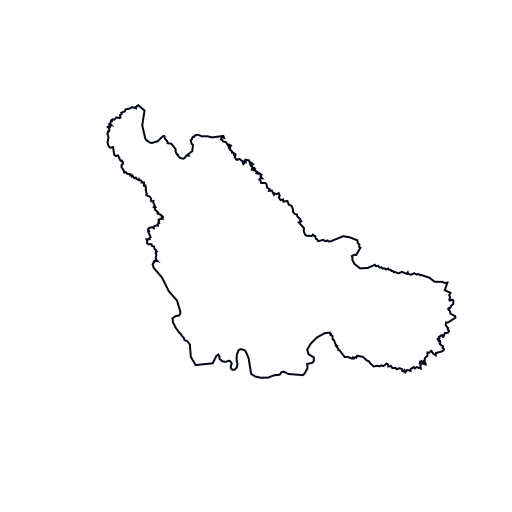 outline of Kham Muang, Kalasin, Thailand, rotated 136°
{"feature_id": "78962969B13207688711695", "entity_name": "Kham Muang", "entity_type": "district", "adm_level": 2, "iso_a3": "THA", "parent_name": "Thailand", "parent_adm1": "Kalasin", "projection": "robinson", "projection_center": [103.634, 16.933], "detail": "fine", "context": "isolated", "style": "outline", "palette": "ink", "viewbox_px": 512, "rotation_deg": 136, "n_neighbors": 0, "source": "geoboundaries", "source_scale": "gbopen_adm2", "svg_char_len": 6078}
<svg xmlns="http://www.w3.org/2000/svg" viewBox="0 0 512 512"><g transform="rotate(136 256 256)"><path d="M277.5,154.9L268.7,155.1L259.8,152.6L256.0,149.4L256.5,148.8L256.2,148.0L257.2,147.6L256.5,145.4L258.7,142.8L258.4,141.2L260.3,136.9L260.1,135.2L260.9,135.5L261.2,132.3L262.1,131.1L261.4,129.9L262.4,121.8L260.2,119.8L258.1,115.4L256.7,115.7L256.7,114.2L254.9,114.3L254.4,113.1L252.5,113.9L249.1,109.2L248.9,104.1L247.9,101.5L248.4,100.0L248.1,94.8L245.2,93.0L243.8,90.8L241.9,90.3L240.9,88.4L236.7,87.8L236.4,86.0L237.6,84.6L235.3,83.0L235.8,80.8L233.3,78.5L233.5,76.7L231.0,75.8L230.1,74.6L229.5,72.9L230.6,71.8L229.8,70.1L228.7,70.5L229.4,68.6L226.5,69.1L224.6,66.0L223.4,67.2L219.7,66.6L220.0,64.8L217.7,64.6L215.6,60.6L213.9,63.0L212.6,63.4L213.1,65.6L212.7,65.0L211.7,65.9L210.0,65.7L210.0,63.7L210.8,63.3L209.4,60.1L208.5,61.1L208.0,64.0L206.9,63.9L205.6,65.2L201.9,65.2L199.7,67.5L198.5,66.1L195.8,66.0L196.3,62.9L195.7,59.7L193.9,61.2L187.9,57.9L186.6,57.9L185.5,58.3L185.7,60.3L184.3,61.0L185.0,64.6L184.7,65.7L183.7,65.5L182.7,67.1L183.6,67.8L182.9,70.9L182.4,68.8L180.9,69.5L180.6,70.8L177.2,70.0L177.8,68.2L177.2,67.7L173.7,69.4L171.5,67.6L169.3,67.9L168.8,70.4L167.9,70.8L167.6,74.5L165.5,76.2L164.1,74.8L155.4,73.1L154.5,74.4L156.2,79.3L154.7,81.8L154.7,84.2L153.9,84.7L151.8,83.7L150.2,84.6L147.9,84.5L146.0,85.6L145.1,86.9L145.1,88.2L147.5,89.2L147.5,90.1L144.8,91.7L144.2,93.6L141.7,94.5L144.0,100.2L136.8,103.9L139.0,105.5L140.1,108.1L145.4,113.4L146.4,120.0L150.3,127.5L151.1,127.9L151.5,130.0L153.1,130.8L154.2,133.7L157.6,134.9L159.0,137.6L158.4,138.6L159.8,138.2L162.1,143.2L165.6,144.6L167.0,147.7L168.2,148.6L167.7,149.8L168.9,151.0L168.7,152.2L170.1,154.3L169.7,155.2L171.8,156.0L172.3,158.1L173.7,159.0L173.6,160.7L175.2,162.0L175.0,164.2L176.8,165.3L176.6,167.1L184.0,169.8L189.7,174.8L190.7,182.0L189.3,186.5L188.0,187.5L187.2,189.4L184.2,188.4L183.2,187.1L175.2,189.4L175.5,190.9L173.6,192.5L173.9,194.4L172.2,196.9L175.6,204.3L179.4,209.6L191.9,214.6L193.6,215.9L193.8,217.5L195.8,218.3L196.4,220.9L200.9,223.4L200.5,225.8L201.0,226.7L199.5,229.4L200.3,230.3L200.3,231.9L202.1,231.7L205.6,235.6L205.8,237.2L204.6,240.4L202.1,242.8L201.9,250.5L199.4,249.5L199.3,251.0L198.5,251.8L198.8,255.7L197.7,257.4L198.9,259.2L198.8,262.1L197.4,263.2L195.6,267.1L196.7,270.4L195.2,273.8L198.5,276.1L197.3,277.9L199.5,279.1L199.0,282.2L197.0,283.0L196.0,285.5L198.4,286.3L199.0,287.9L200.6,287.5L199.1,292.1L201.4,293.8L199.8,294.6L200.6,297.4L198.7,300.0L198.5,302.0L201.6,304.9L200.6,306.7L200.4,308.7L199.2,308.9L197.6,307.5L197.5,309.9L195.6,310.5L195.9,312.3L196.7,312.5L196.3,313.6L197.7,314.2L198.2,315.3L196.7,315.8L197.8,319.1L196.3,319.2L196.0,320.7L196.6,321.3L197.9,320.3L198.9,320.9L197.1,322.2L196.7,324.2L194.5,324.1L195.1,325.1L194.4,326.1L194.8,326.8L196.4,326.0L194.6,329.6L196.7,332.5L197.9,330.7L198.6,331.7L198.3,332.4L199.1,332.6L199.5,330.9L201.3,330.9L200.0,334.0L200.4,337.2L201.6,338.1L202.5,337.9L203.2,339.0L202.8,341.5L200.1,343.2L200.4,344.5L201.3,344.4L200.5,345.7L201.5,347.0L200.5,347.8L200.8,351.0L199.8,351.6L200.3,352.9L199.3,353.6L198.7,352.5L197.3,352.7L198.1,355.0L199.2,355.2L198.5,358.9L200.1,361.2L199.7,362.6L200.2,364.2L197.8,365.3L196.9,363.3L196.1,365.1L205.1,371.7L207.8,375.9L211.7,379.6L213.5,383.5L215.9,385.1L217.7,384.7L218.1,385.4L219.2,385.5L220.9,384.5L222.6,384.7L224.4,381.3L224.1,380.1L224.8,379.1L229.1,375.7L234.5,376.4L234.7,375.0L236.3,376.6L239.4,376.1L240.9,376.6L242.4,379.3L242.4,382.7L241.9,383.0L242.2,384.4L241.2,387.2L239.6,388.7L238.9,395.4L241.2,398.6L240.2,400.0L239.9,403.8L238.6,406.0L240.1,406.9L246.9,406.8L252.3,409.6L253.6,411.4L254.4,415.8L253.9,417.7L247.0,429.1L235.1,438.1L236.0,446.3L239.0,446.7L239.7,445.7L241.7,449.1L244.4,449.8L248.1,452.1L249.9,451.2L253.4,452.6L254.0,451.5L256.0,451.8L257.4,449.7L258.3,449.9L260.1,452.6L263.1,452.5L264.1,453.8L265.6,453.3L265.7,454.1L269.2,452.4L269.2,450.9L270.1,452.4L270.7,450.7L272.3,451.6L272.2,450.4L273.1,450.9L273.0,449.8L274.5,448.0L275.9,448.4L276.0,447.7L277.9,447.3L279.7,443.8L283.8,441.0L285.8,437.3L285.7,435.2L284.3,434.3L284.0,434.9L284.0,434.1L283.2,433.6L287.7,427.3L287.3,425.2L285.4,424.3L287.1,419.3L287.1,418.3L286.2,417.8L287.0,416.3L286.6,415.8L288.1,414.6L289.6,414.8L291.1,413.2L291.8,409.3L292.9,407.5L291.3,406.6L291.6,404.8L289.5,401.9L290.5,401.3L289.4,400.4L290.0,399.4L289.0,399.4L289.6,396.7L288.0,395.9L288.5,394.4L287.6,392.1L286.8,392.5L287.1,391.2L286.4,390.2L286.4,388.3L287.0,388.1L285.5,386.7L287.4,385.0L286.7,384.0L287.6,383.7L287.0,383.0L288.1,381.1L289.4,380.2L291.3,376.8L292.6,376.1L291.2,372.5L291.5,370.4L293.2,368.8L293.1,367.8L291.5,366.8L292.9,365.5L293.9,362.5L295.4,362.3L294.6,360.8L295.7,360.8L296.4,359.7L296.2,355.3L297.3,354.9L295.8,351.5L295.8,348.8L296.8,349.2L297.3,347.6L299.0,349.2L301.0,349.7L301.4,348.5L302.8,348.1L302.8,346.9L304.6,347.1L305.5,346.1L305.8,346.9L308.9,348.2L310.2,347.0L310.8,348.9L313.2,350.4L314.7,350.3L315.4,350.0L315.5,348.7L316.1,348.7L316.0,348.1L316.7,348.2L318.7,342.8L319.9,343.0L320.8,341.9L323.2,344.1L323.6,342.6L325.5,340.8L325.3,339.3L323.0,337.1L323.8,335.4L322.8,333.6L324.2,331.5L323.7,330.3L324.5,329.3L324.2,328.1L325.8,328.2L326.8,326.1L329.3,324.5L330.4,322.4L330.4,320.8L331.5,322.5L333.1,322.2L333.0,323.0L336.2,321.8L337.8,318.6L338.6,305.8L343.2,291.2L343.8,278.8L348.8,269.0L350.2,267.4L352.8,266.6L355.5,268.6L359.3,269.2L361.7,266.1L363.6,260.2L364.5,253.8L364.1,251.6L364.8,250.6L364.8,247.1L365.8,245.3L364.6,242.1L365.1,238.2L372.9,228.8L375.2,219.5L361.7,208.9L354.1,211.6L351.5,211.3L352.2,209.0L353.7,207.3L353.4,203.7L351.5,201.0L348.1,199.4L347.6,198.2L348.1,195.6L350.9,194.1L352.1,192.5L352.0,190.5L350.1,189.0L347.3,189.2L344.4,191.1L342.2,194.7L338.5,198.2L333.8,200.4L331.4,199.4L329.5,195.7L330.1,193.5L332.2,187.8L341.4,174.5L340.2,169.6L337.1,165.1L331.8,160.1L325.8,157.6L321.5,154.2L318.1,154.7L316.2,153.3L314.8,148.8L305.1,137.8L303.1,137.6L296.9,139.5L294.2,142.8L289.7,140.0L287.3,140.3L284.8,143.0L286.4,148.8L284.2,153.1L277.5,154.9Z" fill="none" stroke="#020617" stroke-width="2"/></g></svg>